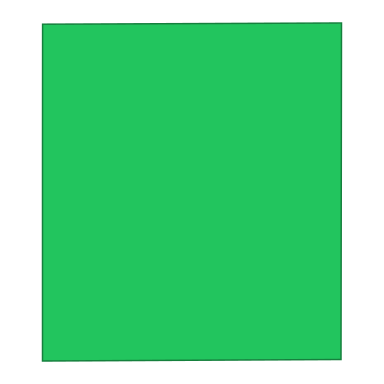 Motley, Texas, United States of America (Natural Earth projection)
{"feature_id": "52423323B8649342389596", "entity_name": "Motley", "entity_type": "district", "adm_level": 2, "iso_a3": "USA", "parent_name": "United States of America", "parent_adm1": "Texas", "projection": "natural_earth1", "projection_center": [-100.804, 34.074], "detail": "fine", "context": "isolated", "style": "filled", "palette": "green", "viewbox_px": 384, "rotation_deg": 0, "n_neighbors": 0, "source": "geoboundaries", "source_scale": "gbopen_adm2", "svg_char_len": 209}
<svg xmlns="http://www.w3.org/2000/svg" viewBox="0 0 384 384"><path d="M341.0,359.5L341.5,23.0L96.9,24.0L42.6,24.2L42.5,151.9L42.5,361.0L341.0,359.5Z" fill="#22c55e" stroke="#15803d" stroke-width="1.5"/></svg>